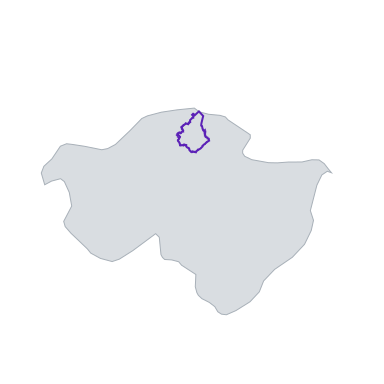 Nyabihu, Western, Rwanda shown in context, rotated 49°
{"feature_id": "39286606B61881490568352", "entity_name": "Nyabihu", "entity_type": "district", "adm_level": 2, "iso_a3": "RWA", "parent_name": "Rwanda", "parent_adm1": "Western", "projection": "robinson", "projection_center": [29.504, -1.642], "detail": "fine", "context": "in_parent", "style": "outline", "palette": "violet", "viewbox_px": 384, "rotation_deg": 49, "n_neighbors": 0, "source": "geoboundaries", "source_scale": "gbopen_adm2", "svg_char_len": 5631}
<svg xmlns="http://www.w3.org/2000/svg" viewBox="0 0 384 384"><g transform="rotate(49 192 192)"><path d="M157.2,117.6L161.2,117.5L187.0,110.5L189.6,112.7L193.7,126.3L195.9,128.3L199.6,128.8L206.8,125.7L220.1,115.0L225.9,108.6L232.7,99.5L241.5,89.3L246.3,80.4L251.1,75.1L257.3,73.6L264.2,74.0L269.0,74.1L265.1,76.3L264.3,82.8L268.8,93.3L283.7,114.9L293.1,118.9L299.3,127.3L305.3,141.4L307.1,159.1L304.6,180.4L306.1,196.3L311.5,206.7L312.9,220.2L310.3,236.7L307.2,246.6L303.5,249.9L299.3,251.1L293.5,250.0L286.6,251.4L279.0,254.5L274.2,255.0L271.3,254.4L265.7,251.7L256.8,243.2L240.4,247.9L235.9,247.8L229.9,251.9L225.0,256.9L222.0,257.2L218.9,256.5L204.7,246.4L199.6,246.8L197.4,275.2L195.0,290.9L192.1,297.9L182.0,304.7L171.7,308.5L166.2,308.3L143.7,310.4L134.9,310.4L130.0,308.1L123.7,292.0L111.8,284.9L100.4,281.5L95.7,282.5L91.6,290.9L89.9,298.4L78.8,293.3L75.4,286.9L75.1,276.1L71.1,261.3L73.3,255.0L77.7,251.0L86.9,243.2L100.9,232.4L103.9,227.2L105.9,218.6L105.0,198.6L103.6,181.7L105.3,175.7L111.7,162.7L120.2,149.4L130.2,135.2L136.3,133.9L144.2,128.5L152.5,120.6L157.2,117.6Z" fill="#d9dde1" stroke="#a8b0b8" stroke-width="1"/><path d="M140.2,165.2L140.9,164.8L141.1,164.8L141.4,164.9L141.5,165.0L141.7,164.9L142.0,164.9L142.3,164.8L142.4,165.0L142.8,165.3L142.6,165.6L142.4,166.0L142.3,166.4L142.5,166.4L142.8,166.3L143.0,166.5L143.2,166.9L143.3,166.9L143.5,167.1L143.5,167.4L143.5,167.6L143.6,168.1L143.5,168.5L144.0,169.0L144.3,169.1L144.5,169.1L144.8,169.0L145.0,169.1L145.3,169.0L145.5,169.1L145.9,169.0L146.1,169.0L146.3,169.1L146.6,169.1L146.8,169.2L146.8,169.3L147.1,169.5L147.4,169.7L147.6,169.6L148.0,169.6L148.3,169.6L148.5,169.9L148.5,170.0L148.9,170.4L149.1,170.2L149.4,170.1L149.5,169.8L149.6,169.7L149.8,169.2L150.0,169.1L150.3,168.9L150.3,168.5L150.6,168.1L150.6,167.9L150.8,167.7L150.9,167.3L150.9,166.9L151.1,166.9L151.4,167.1L151.4,166.9L151.5,166.9L151.6,167.0L151.7,166.9L151.8,166.7L151.9,166.3L152.0,166.2L152.4,165.9L152.5,165.9L152.5,165.7L152.8,165.5L153.2,165.9L153.6,166.4L154.0,166.4L154.3,166.4L154.5,166.5L155.0,166.4L155.6,166.3L155.8,166.1L156.3,165.9L156.5,165.6L156.8,165.6L157.0,165.6L157.3,165.6L157.6,165.9L157.6,166.0L158.2,166.1L158.5,166.4L158.8,166.4L159.3,166.5L159.6,166.3L159.8,166.3L160.0,166.4L160.6,166.3L160.8,166.4L161.0,166.4L161.1,166.2L161.3,165.8L161.6,165.9L161.9,165.9L162.0,165.7L162.1,165.3L162.1,165.1L162.0,164.7L162.4,164.6L162.6,164.4L162.8,164.4L162.9,164.2L163.1,164.1L163.2,163.8L163.3,163.7L163.6,163.6L163.8,163.4L163.9,163.5L164.0,163.4L164.1,163.2L164.4,163.1L164.6,163.0L164.5,162.7L164.3,162.6L164.2,162.5L164.3,162.4L164.2,162.1L164.2,161.8L164.2,161.5L164.1,161.3L164.1,161.0L164.1,160.9L164.2,160.7L164.2,160.3L164.1,160.1L163.9,159.9L163.9,159.6L164.0,159.5L164.1,159.3L164.4,159.3L164.4,158.9L164.5,158.7L164.5,158.3L164.6,158.0L164.7,157.7L164.7,157.4L164.7,157.2L164.8,156.8L164.8,156.7L164.7,156.6L164.6,156.1L164.7,155.9L164.7,155.7L164.6,155.1L164.6,154.6L164.6,154.3L164.5,154.1L164.5,153.9L164.3,153.7L164.1,153.7L164.1,153.4L164.1,153.2L164.0,152.9L164.0,152.5L164.1,152.3L164.1,152.1L164.1,151.8L164.0,151.7L164.1,151.3L164.3,150.8L164.2,150.7L164.1,150.4L164.1,149.6L164.0,149.3L164.0,149.0L164.1,148.9L164.0,148.7L164.0,148.3L164.2,148.0L164.1,147.8L164.0,147.7L164.3,146.9L164.3,146.5L164.3,146.2L164.5,145.4L163.9,145.1L163.5,145.2L163.3,145.0L163.1,144.5L162.9,144.4L162.7,144.4L162.6,144.6L162.2,144.8L161.6,144.8L161.5,145.0L161.0,144.7L160.9,144.8L160.7,144.8L160.4,145.0L160.2,145.2L160.1,145.3L159.8,145.3L159.5,145.5L159.3,145.3L159.0,145.3L158.9,145.2L158.3,145.3L158.3,145.1L158.1,145.0L158.2,144.9L157.8,144.8L157.6,144.6L157.1,144.6L156.9,144.5L156.8,144.3L156.5,144.3L156.4,144.2L156.3,143.8L156.2,143.7L156.2,143.4L155.1,142.3L154.8,142.6L154.8,142.8L154.7,142.7L154.8,143.1L154.6,143.2L154.4,143.2L154.2,142.9L154.0,142.2L153.8,142.1L153.5,142.6L153.1,142.6L152.9,142.5L152.7,142.7L152.7,142.8L152.6,143.0L152.3,142.8L152.3,142.6L152.2,142.5L151.6,142.7L151.4,142.6L151.2,142.5L150.5,142.2L150.3,142.0L149.0,141.3L148.9,141.5L148.5,141.5L148.2,141.5L147.9,141.5L147.7,141.3L147.6,141.2L146.8,140.4L146.1,139.5L143.8,136.3L142.0,133.7L135.7,133.9L135.9,139.5L134.2,139.6L134.2,140.0L133.7,140.1L133.8,141.3L134.6,141.3L134.6,140.9L135.4,140.9L135.5,141.0L135.5,140.9L135.8,141.1L135.9,141.3L135.9,141.6L136.8,142.3L136.3,143.1L136.2,143.4L136.2,143.6L136.4,144.0L136.4,144.4L136.4,144.9L136.4,145.0L136.4,145.3L136.5,145.7L136.5,146.2L136.5,146.3L136.7,146.5L137.9,147.4L137.6,147.7L137.7,148.1L137.8,148.3L138.0,148.4L138.0,148.5L138.1,148.8L137.5,149.0L137.6,149.4L138.3,150.4L137.4,151.1L136.1,151.6L136.3,152.3L136.2,152.4L136.3,152.6L136.2,153.2L136.2,153.3L136.3,153.7L136.2,153.9L136.1,154.4L135.9,154.5L136.1,154.9L136.1,155.2L136.2,155.3L136.0,155.6L136.1,156.0L136.1,156.3L136.0,156.9L135.9,157.0L135.9,157.3L136.0,157.5L136.4,157.4L136.6,157.3L136.8,157.4L137.0,157.4L137.2,157.5L137.2,157.9L137.4,158.1L137.5,158.1L137.8,158.3L138.1,158.1L138.3,158.1L138.6,158.2L138.8,158.3L138.9,158.2L139.1,158.4L139.5,158.3L139.8,158.3L139.9,158.5L140.1,158.7L140.2,158.8L140.5,159.0L140.3,159.2L140.3,159.4L140.3,159.5L140.2,159.7L140.1,159.9L140.0,160.0L140.0,160.4L139.9,160.5L140.0,161.0L140.3,161.4L140.2,161.6L140.2,162.0L139.6,162.2L139.2,162.0L138.8,162.3L138.7,162.5L138.6,163.0L138.7,163.3L138.8,163.5L138.6,163.5L138.4,164.0L138.6,164.2L138.5,164.3L138.4,164.4L138.5,164.8L138.6,164.7L138.7,164.8L138.9,165.0L138.9,164.8L139.0,164.9L139.1,165.1L139.3,165.2L139.5,165.1L139.8,165.1L139.8,165.3L139.9,165.2L140.0,165.3L140.0,165.2L140.1,165.3L140.2,165.2Z" fill="none" stroke="#5b21b6" stroke-width="2"/></g></svg>